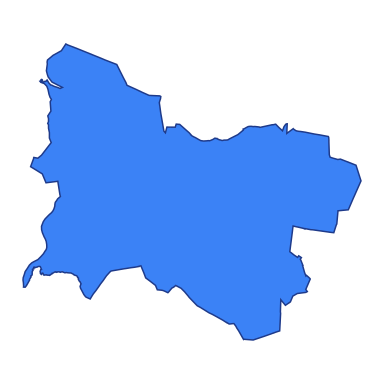 outline of Cēsis, Cesu, Latvia
{"feature_id": "27541924B8130819472735", "entity_name": "Cēsis", "entity_type": "district", "adm_level": 2, "iso_a3": "LVA", "parent_name": "Latvia", "parent_adm1": "Cesu", "projection": "orthographic", "projection_center": [25.251, 57.313], "detail": "fine", "context": "isolated", "style": "filled", "palette": "blue", "viewbox_px": 384, "rotation_deg": 0, "n_neighbors": 0, "source": "geoboundaries", "source_scale": "gbopen_adm2", "svg_char_len": 5635}
<svg xmlns="http://www.w3.org/2000/svg" viewBox="0 0 384 384"><path d="M305.8,289.4L310.2,279.1L310.1,278.7L308.7,277.3L306.4,275.3L305.9,275.9L304.6,272.6L302.6,265.5L302.9,265.4L301.4,261.6L301.1,260.8L300.3,259.2L301.4,257.6L298.7,255.8L297.6,257.4L294.3,255.2L289.8,251.7L292.5,230.6L292.7,228.6L293.1,226.0L296.5,226.8L297.1,226.9L303.2,228.3L304.9,229.0L305.0,228.6L310.8,229.7L312.7,229.8L331.1,232.4L333.8,232.7L336.3,224.9L336.8,224.0L338.0,210.8L348.3,209.8L353.4,198.0L354.4,195.8L361.0,180.9L356.0,165.2L340.4,159.1L337.8,159.5L332.8,158.1L330.1,157.2L329.3,154.7L328.9,142.0L328.9,140.2L328.7,137.3L328.3,136.5L319.8,134.9L314.2,134.0L305.3,132.2L300.7,131.5L298.6,131.3L296.5,130.9L295.6,130.5L294.6,129.8L293.3,128.9L293.2,128.7L286.8,133.4L287.2,123.8L286.4,123.9L285.7,124.3L284.0,126.7L283.8,127.2L283.2,128.9L282.5,130.8L278.9,127.5L275.7,124.2L274.6,124.4L272.9,124.8L272.4,124.7L259.9,127.4L259.3,127.0L254.9,126.5L253.3,126.6L251.1,126.3L249.2,126.4L248.1,126.6L246.2,127.6L244.3,128.7L243.1,129.1L243.3,130.1L237.9,134.6L229.4,138.9L227.8,139.9L225.8,140.1L223.9,140.1L223.0,140.4L222.0,140.5L220.4,140.0L219.0,139.7L218.5,139.3L217.7,139.1L217.4,138.9L217.0,138.4L216.8,138.4L216.3,138.5L216.0,138.5L215.6,138.3L215.3,138.2L214.9,138.2L214.5,138.3L214.3,138.5L213.5,139.1L213.0,139.4L212.0,139.8L210.9,140.3L209.7,140.7L209.3,140.8L208.2,140.6L207.2,140.8L204.1,141.0L203.4,141.0L200.7,140.6L197.8,139.0L195.4,137.6L194.5,137.2L193.3,136.6L192.9,136.4L192.7,136.2L192.3,136.1L191.9,135.8L191.4,135.3L191.2,135.1L190.9,134.9L191.0,134.8L189.2,132.8L179.7,124.4L176.2,124.1L175.2,127.2L166.9,127.1L165.4,132.8L163.9,131.1L160.8,113.4L159.8,106.0L159.3,102.7L159.7,101.2L160.5,98.8L160.8,96.5L159.8,95.9L149.1,95.4L146.7,94.3L142.2,92.3L135.9,89.3L127.0,85.3L125.9,82.5L123.3,77.6L120.2,71.4L116.8,64.5L104.9,59.9L101.4,58.4L78.2,49.0L67.6,44.9L65.8,44.0L61.4,50.7L53.1,55.3L47.5,60.0L47.1,62.0L47.3,64.0L46.4,70.8L47.4,74.7L48.2,77.0L52.0,82.1L62.4,87.4L60.0,88.5L59.0,88.0L56.6,87.1L55.4,86.8L53.8,86.2L53.5,86.1L52.7,85.6L51.6,85.1L50.5,84.9L49.8,83.9L48.8,82.9L48.3,82.0L47.9,81.4L47.5,80.6L47.1,80.0L46.8,80.4L46.5,80.8L46.4,81.0L45.7,81.2L45.3,81.4L45.0,81.6L44.6,81.5L44.1,81.4L43.5,82.0L43.1,82.3L42.5,82.0L41.8,81.0L41.7,80.9L42.0,80.7L42.4,80.4L42.4,80.2L42.3,79.9L42.1,79.6L41.9,79.5L41.6,79.4L41.1,79.6L41.1,79.8L40.8,80.7L40.6,80.9L40.4,81.0L39.9,81.2L40.8,82.3L44.3,83.6L46.8,86.2L48.0,89.4L49.0,94.2L50.1,97.4L51.4,99.4L50.2,101.8L50.9,111.1L47.8,115.9L48.5,118.7L48.5,121.6L47.7,123.5L48.5,124.7L48.5,128.2L49.4,132.6L49.4,138.1L51.2,142.6L41.5,155.2L39.3,157.0L37.8,158.2L33.2,157.3L33.9,157.7L33.5,158.8L30.6,166.7L42.3,173.9L46.0,182.8L57.8,181.3L59.9,194.6L60.4,196.5L57.7,198.8L56.5,200.7L55.3,202.3L54.9,204.2L54.8,206.1L54.0,208.7L53.0,210.8L51.5,212.7L49.5,214.4L47.8,216.1L45.1,218.9L43.3,221.6L41.5,226.3L41.6,229.7L42.4,232.7L44.1,236.8L45.2,238.8L46.2,241.4L46.7,244.4L46.8,247.3L46.3,249.4L45.0,251.2L43.4,253.8L40.9,256.6L37.9,259.6L33.4,261.9L31.7,262.9L29.4,265.1L27.2,268.6L25.2,271.5L24.2,274.8L23.2,277.7L23.0,280.0L23.4,282.8L23.6,286.2L23.5,287.1L25.2,287.2L26.7,285.3L26.9,284.6L27.3,284.2L29.1,280.9L29.5,280.4L29.5,279.4L31.0,277.0L30.8,276.0L31.5,275.6L32.1,274.9L32.2,273.6L32.2,272.0L32.3,271.4L33.0,270.4L32.5,269.7L32.5,269.3L33.1,268.9L33.8,268.9L34.0,268.7L33.7,268.0L33.6,267.8L33.8,267.2L34.3,267.1L35.5,267.6L36.2,267.2L37.2,267.1L37.7,266.7L38.2,266.5L39.5,266.4L39.7,266.5L40.2,266.6L40.3,266.6L41.4,269.2L41.2,269.2L40.7,269.6L40.7,269.9L40.2,271.1L40.1,271.5L40.4,272.7L40.3,273.1L40.6,273.7L41.3,274.4L42.1,273.2L42.4,273.1L42.9,273.7L43.1,273.6L43.3,274.4L43.5,274.8L44.1,275.2L44.6,274.9L45.3,274.9L45.9,275.0L46.3,274.8L46.9,275.1L48.2,275.2L48.5,275.2L49.0,275.2L49.4,275.4L50.0,275.2L50.2,274.8L50.8,274.6L50.9,274.4L51.1,274.2L51.9,273.9L52.2,273.7L52.1,273.3L52.4,273.2L52.8,273.2L53.3,272.9L53.8,272.6L54.4,272.2L55.4,271.8L56.0,272.3L56.4,272.3L56.9,271.9L57.3,272.1L57.6,271.9L58.6,271.8L59.6,271.9L59.7,272.1L60.4,272.3L60.7,272.1L61.3,271.9L61.7,272.0L62.0,271.9L62.7,271.8L63.0,272.1L64.9,272.8L65.1,272.8L66.2,272.5L67.1,272.7L69.0,272.9L71.0,273.0L73.3,274.2L73.8,274.6L73.9,274.8L74.2,275.0L74.6,275.0L75.1,275.4L75.5,275.4L75.8,275.5L76.0,275.5L76.5,275.7L76.7,275.8L76.8,276.0L77.1,276.2L77.3,276.5L77.5,276.9L77.7,277.2L77.8,277.4L77.7,277.6L77.9,277.7L78.1,277.8L78.4,278.0L78.4,278.4L78.5,278.6L78.4,279.0L78.4,279.4L78.4,279.6L78.6,279.8L78.8,280.2L79.2,280.8L79.2,281.0L79.3,281.1L79.7,281.5L80.0,281.6L80.1,281.9L80.1,282.1L80.6,282.8L80.6,283.1L81.0,283.6L81.0,283.9L80.8,284.4L80.1,286.4L80.6,288.4L81.7,290.4L83.9,294.6L85.6,296.8L86.4,297.3L90.2,299.0L91.3,297.1L92.1,295.8L93.3,293.9L95.9,290.6L98.6,286.8L100.5,284.0L103.2,280.5L104.5,278.6L106.6,275.6L107.0,275.2L110.0,271.9L111.1,271.0L124.5,268.7L125.4,268.6L130.9,267.7L134.2,267.3L138.3,266.6L138.2,266.5L140.9,265.8L143.8,272.8L145.7,277.9L150.0,281.1L155.5,285.4L157.3,289.8L161.5,290.2L163.0,290.5L164.5,291.1L167.9,292.7L168.9,291.7L170.2,290.1L171.9,288.1L172.4,287.8L173.6,287.2L175.0,286.1L175.7,285.5L177.5,286.4L181.1,288.3L184.6,291.8L188.3,296.2L189.1,297.3L196.0,304.5L197.3,305.8L199.8,307.1L209.0,312.8L212.4,314.4L220.9,319.1L222.7,320.1L226.9,322.8L227.0,322.6L228.6,323.7L229.1,324.0L229.8,324.0L233.1,323.6L233.9,323.6L236.0,326.4L236.5,327.5L237.1,328.5L238.7,330.9L243.4,339.2L243.5,339.0L244.4,339.3L253.2,340.0L260.9,337.4L264.2,336.3L276.6,331.9L279.7,330.9L280.6,313.5L280.4,311.7L280.8,299.7L285.4,305.3L290.4,301.9L292.8,296.1L297.3,293.5L305.9,292.4L306.3,292.1L307.3,291.6L305.8,289.4Z" fill="#3b82f6" stroke="#1e3a8a" stroke-width="1.5"/></svg>